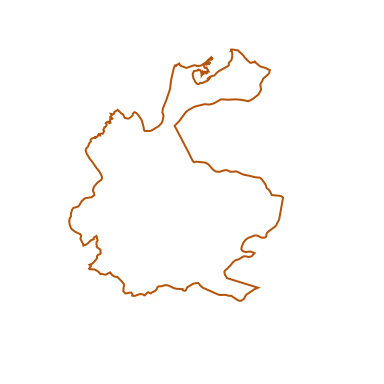 outline of Antioquia, rotated 61°
{"feature_id": "COL-1314", "entity_name": "Antioquia", "entity_type": "Department", "adm_level": 1, "iso_a3": "COL", "parent_name": "Colombia", "parent_adm1": "", "projection": "orthographic", "projection_center": [-75.909, 7.152], "detail": "fine", "context": "isolated", "style": "outline", "palette": "amber", "viewbox_px": 384, "rotation_deg": 61, "n_neighbors": 0, "source": "natural_earth", "source_scale": "10m", "svg_char_len": 5951}
<svg xmlns="http://www.w3.org/2000/svg" viewBox="0 0 384 384"><g transform="rotate(61 192 192)"><path d="M83.5,110.1L84.1,110.3L84.6,109.4L85.2,109.4L85.6,110.1L85.6,111.3L85.1,111.3L84.6,110.9L84.6,112.7L85.1,114.0L86.0,114.5L87.1,113.9L87.1,115.4L88.1,114.4L88.4,115.1L87.7,116.3L87.6,117.4L86.1,116.9L86.6,119.6L88.4,120.7L90.0,120.4L90.2,119.0L94.7,119.0L93.9,120.4L93.6,121.2L93.6,122.1L94.2,122.1L95.2,121.5L95.2,122.1L92.6,123.0L92.6,123.5L93.7,123.8L94.3,124.5L94.2,125.1L93.4,124.5L92.2,124.5L92.8,125.2L94.2,126.2L94.7,127.1L92.8,126.2L90.8,125.7L89.1,125.9L88.1,127.1L88.1,127.4L88.6,127.6L87.2,131.7L89.2,134.3L93.1,135.6L97.7,135.7L99.4,135.3L100.2,134.8L100.7,134.2L100.9,133.5L100.7,131.9L100.8,131.3L101.5,130.6L101.7,129.9L102.1,125.3L102.0,123.3L101.1,121.5L100.9,122.5L101.1,123.5L100.7,123.5L100.3,122.4L100.0,120.6L100.0,118.9L100.9,116.4L100.6,114.8L99.7,112.4L99.3,110.0L99.3,99.7L98.9,98.3L97.0,97.3L96.5,96.2L96.2,94.9L95.7,93.6L94.3,92.1L92.0,90.5L89.3,89.2L87.2,89.0L87.2,89.5L86.3,88.7L87.5,86.8L89.3,84.7L90.3,83.2L97.5,80.9L99.3,80.8L106.4,78.8L107.4,78.2L107.8,77.6L107.9,76.0L108.2,75.2L108.8,74.8L108.8,74.4L108.3,74.4L108.3,73.8L109.7,73.6L114.7,71.7L115.7,71.1L118.9,67.8L123.2,64.8L125.5,67.0L126.1,68.5L127.3,74.5L129.1,77.0L130.4,79.2L131.4,80.3L135.4,81.7L136.6,82.8L138.9,86.4L139.9,92.5L140.1,95.6L139.8,98.8L135.9,103.4L132.4,108.4L128.6,116.1L126.4,119.4L125.0,121.9L125.1,128.7L124.9,130.7L124.0,134.3L121.3,138.4L118.6,148.4L118.6,155.5L119.2,158.8L123.8,168.8L125.7,175.1L153.4,175.8L165.4,176.3L166.2,176.1L167.1,175.5L167.5,173.6L172.6,166.3L174.8,164.7L177.4,163.9L181.7,163.0L184.4,162.0L185.8,161.1L187.6,158.3L189.0,152.2L189.9,150.9L191.2,149.7L193.1,148.5L195.4,143.4L196.7,142.2L200.5,139.6L202.5,137.8L205.3,134.3L209.8,129.5L212.3,125.8L213.3,125.3L215.2,124.7L220.7,124.1L222.3,124.2L223.6,124.6L224.6,124.8L225.6,124.5L226.6,123.9L227.8,123.6L229.2,123.5L233.3,123.7L235.5,120.7L237.4,117.7L238.6,116.4L239.8,115.5L241.1,115.1L258.4,129.2L259.8,131.5L261.1,133.4L261.9,134.3L262.6,136.4L263.5,143.8L264.1,146.0L265.0,147.4L266.8,148.5L267.2,149.5L267.0,150.8L265.9,152.9L264.6,154.1L262.9,155.2L261.4,156.4L260.4,158.2L259.5,164.3L259.5,166.6L259.9,168.6L261.3,171.7L263.8,174.8L265.3,176.2L266.7,176.6L268.2,176.3L269.8,174.9L270.8,173.7L272.0,170.5L272.9,169.2L275.8,166.9L277.1,171.0L276.7,172.8L276.3,174.0L274.0,176.6L273.5,177.6L273.2,179.2L273.5,181.0L273.5,184.0L272.8,186.5L272.9,188.3L273.4,190.6L274.7,193.5L275.3,195.9L276.1,198.0L276.7,201.2L277.4,202.3L279.2,203.0L280.6,203.3L282.8,203.1L284.1,203.3L307.7,180.7L307.3,184.2L308.1,193.6L308.4,195.1L310.0,197.3L310.6,198.4L311.0,201.5L310.0,203.5L308.2,204.8L302.2,207.8L301.6,208.3L301.1,209.5L298.1,212.7L295.8,217.2L294.8,218.5L281.3,228.7L278.5,230.0L275.6,230.4L274.4,230.8L272.8,235.2L273.0,242.0L273.2,242.9L274.4,244.2L274.9,245.0L275.0,245.8L274.6,246.7L274.0,247.3L273.3,247.6L272.5,247.2L269.1,252.5L267.2,254.5L262.7,257.7L261.2,259.3L260.3,261.2L259.7,264.4L258.7,266.1L258.4,267.1L258.5,268.2L258.9,269.0L259.9,270.2L260.4,271.4L260.6,272.5L260.4,275.5L260.7,277.1L260.4,277.7L258.4,278.8L258.4,280.2L259.5,283.3L259.2,283.9L258.3,284.2L257.3,285.2L256.4,286.4L255.9,287.4L255.2,292.1L254.2,294.1L253.6,294.5L252.5,293.6L251.2,293.8L250.4,294.1L249.5,296.2L249.2,297.7L248.3,299.5L245.8,300.2L245.1,299.9L242.0,297.9L240.7,296.6L239.2,296.2L234.8,297.1L230.1,298.5L228.7,300.5L227.8,301.2L225.4,302.2L222.7,302.5L222.5,304.4L222.6,307.2L222.0,308.3L219.5,311.1L219.5,311.7L218.9,312.1L217.0,312.3L216.1,312.6L213.5,314.1L212.3,315.1L209.9,319.0L209.1,319.2L207.9,316.3L206.0,317.0L206.3,314.3L206.1,313.1L204.3,307.9L203.8,307.1L202.3,306.4L201.6,305.5L201.4,304.8L201.7,302.6L201.5,301.9L201.0,301.4L199.9,301.1L198.8,300.3L198.0,300.0L194.7,301.7L193.5,301.8L193.1,301.5L190.3,300.4L189.6,299.8L189.2,298.7L188.4,298.0L187.4,297.8L185.1,297.0L184.2,296.9L184.2,299.5L184.7,300.4L185.7,300.8L185.3,303.1L185.3,304.2L186.5,308.2L186.6,309.7L186.6,311.2L186.2,313.0L184.3,312.4L182.6,312.5L181.0,312.3L179.4,312.4L178.7,312.2L177.9,311.4L176.0,310.0L174.9,310.1L170.1,313.5L166.2,315.2L164.6,315.3L161.2,314.8L158.6,313.8L157.0,312.8L155.6,311.5L154.7,309.7L152.5,308.6L149.6,305.7L149.2,305.1L148.5,303.7L148.6,302.5L149.5,299.4L149.2,297.5L146.6,293.0L145.7,289.4L145.9,287.6L147.9,282.5L147.5,279.1L145.6,278.2L143.6,278.2L141.8,277.4L139.7,274.8L138.0,270.2L137.3,265.6L136.7,264.4L135.3,263.5L132.7,263.1L129.9,263.1L127.1,263.4L124.7,263.9L117.0,264.6L113.8,265.3L107.9,265.5L106.1,265.3L104.1,264.8L103.1,264.1L102.5,263.1L102.2,261.7L101.4,260.3L99.4,258.1L98.9,256.0L97.4,255.5L96.9,255.0L96.7,253.8L96.9,252.4L97.3,251.1L97.9,250.4L96.9,250.0L97.7,248.8L97.6,248.0L96.4,245.9L97.5,245.7L98.0,244.9L96.7,244.6L96.6,243.8L97.0,242.9L97.7,242.1L97.7,241.5L96.0,239.3L94.9,239.6L94.3,239.0L93.7,238.0L92.9,237.3L93.0,236.0L92.6,234.9L91.9,234.2L90.9,233.7L90.0,234.1L89.6,233.2L89.8,231.7L90.4,230.6L90.9,230.6L91.4,231.0L91.8,231.0L92.0,229.9L91.6,229.5L90.0,229.3L89.4,229.1L88.9,228.3L89.0,227.6L89.4,226.3L89.1,225.9L88.4,226.4L87.8,227.1L87.9,227.5L87.1,227.5L86.7,227.2L86.2,225.2L85.7,225.1L84.3,225.1L85.7,223.5L85.9,223.0L85.7,222.3L84.6,221.5L84.3,220.7L84.3,218.0L84.1,217.2L87.4,216.2L88.4,216.1L90.7,214.7L94.2,215.0L94.9,214.7L95.1,214.2L96.0,213.4L96.7,212.5L97.1,211.4L96.7,208.6L96.4,207.4L96.0,206.6L94.9,205.8L94.3,204.2L94.6,203.2L95.7,202.6L97.1,202.0L99.2,201.6L103.9,201.2L105.5,201.3L111.5,202.8L113.8,203.7L115.5,203.9L118.0,199.8L118.6,197.7L118.3,189.4L116.8,184.8L115.8,183.5L111.8,180.1L110.7,179.7L108.2,179.4L106.3,178.1L104.8,177.0L98.9,169.6L91.3,161.3L83.7,155.8L74.3,147.3L73.0,145.3L73.6,144.8L74.0,144.8L73.8,144.0L73.6,143.7L73.5,143.8L73.5,140.8L75.5,141.1L77.2,140.0L78.6,138.5L79.8,137.7L80.8,136.6L82.1,129.1L82.6,128.0L83.2,127.3L84.6,126.4L84.8,125.0L85.3,124.3L85.8,122.7L85.3,116.6L84.4,113.9L83.5,110.1Z" fill="none" stroke="#b45309" stroke-width="2"/></g></svg>